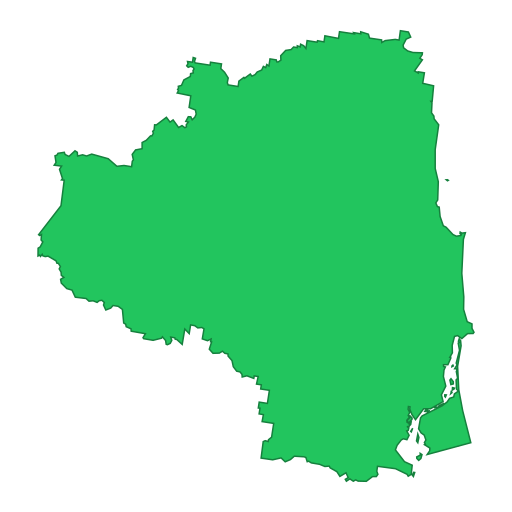 the district of Sunshine Coast, Queensland, Australia
{"feature_id": "25037944B96271376045080", "entity_name": "Sunshine Coast", "entity_type": "district", "adm_level": 2, "iso_a3": "AUS", "parent_name": "Australia", "parent_adm1": "Queensland", "projection": "albers", "projection_center": [153.027, -26.708], "detail": "fine", "context": "isolated", "style": "filled", "palette": "green", "viewbox_px": 512, "rotation_deg": 0, "n_neighbors": 0, "source": "geoboundaries", "source_scale": "gbopen_adm2", "svg_char_len": 5988}
<svg xmlns="http://www.w3.org/2000/svg" viewBox="0 0 512 512"><path d="M55.0,155.8L56.0,162.5L54.2,165.2L61.6,166.1L59.5,169.3L62.5,178.6L61.5,179.9L64.2,180.2L61.0,205.7L38.6,234.7L39.7,235.5L41.5,234.5L41.1,240.0L42.8,241.9L40.2,246.9L38.1,248.2L38.0,256.0L39.7,255.1L40.5,256.4L42.2,254.3L42.8,255.8L45.2,256.6L48.0,256.1L56.1,260.9L56.9,263.2L58.4,263.4L60.4,266.6L59.2,268.9L61.1,272.2L61.3,275.3L63.9,277.4L60.6,279.3L61.3,283.1L66.8,288.6L72.0,290.1L75.3,297.2L86.1,298.5L89.0,301.2L93.1,300.8L97.1,302.4L99.2,300.7L101.9,300.3L104.3,302.5L103.5,305.0L105.8,310.0L110.7,308.1L113.0,305.5L118.2,306.3L122.4,309.4L123.7,323.0L125.7,324.2L126.2,326.7L131.0,328.8L131.2,331.2L145.4,333.7L143.0,337.7L143.7,338.7L153.1,340.3L161.5,338.2L162.4,336.8L165.6,340.5L166.2,344.3L167.4,344.7L170.2,343.4L171.8,340.4L170.7,337.1L174.8,337.8L175.2,339.2L176.8,339.5L182.2,344.4L184.8,329.0L189.2,333.6L190.6,324.9L194.8,325.7L197.8,327.9L201.8,327.5L204.0,328.8L202.3,338.9L207.5,340.7L211.1,339.0L210.6,341.7L211.6,341.9L209.3,349.2L213.0,353.3L219.3,353.1L222.5,351.2L224.8,353.3L228.0,353.9L228.1,356.1L232.0,360.6L233.3,366.7L236.7,371.2L240.0,371.9L242.0,374.4L242.2,377.0L246.9,375.8L253.8,378.4L254.2,375.9L258.2,376.5L256.5,384.1L261.3,384.8L260.7,389.0L269.4,390.3L267.4,403.4L259.2,402.1L258.3,408.0L260.0,408.2L259.1,413.9L263.4,414.6L262.1,421.6L273.7,423.4L271.6,437.2L268.5,439.7L268.2,441.5L265.2,440.7L263.2,441.6L261.1,458.1L272.7,459.8L281.1,457.9L285.2,461.8L290.4,459.6L294.3,456.2L304.1,456.8L305.9,457.5L307.2,461.7L308.6,461.2L311.3,462.9L319.6,464.3L324.9,466.5L329.2,466.1L330.2,467.9L336.9,471.7L339.9,476.4L346.0,472.8L348.2,477.6L345.3,479.3L346.4,481.2L349.9,478.9L353.3,481.2L355.7,479.9L358.1,481.1L366.3,481.3L372.5,476.6L376.3,476.6L377.9,474.3L376.8,471.3L377.5,466.3L395.5,468.7L407.1,474.3L408.2,476.2L411.2,474.4L412.2,465.2L404.5,461.7L395.4,449.9L397.1,445.3L401.3,439.9L403.4,438.8L406.9,439.7L409.1,435.3L406.7,430.9L408.2,430.4L408.8,428.1L407.0,426.4L408.9,427.0L409.4,425.4L409.1,423.5L407.0,422.2L406.8,420.3L409.4,417.2L408.2,415.5L409.7,412.3L408.1,409.4L408.4,406.5L410.0,406.8L409.7,409.0L412.0,414.7L415.5,419.7L423.6,408.8L430.6,408.7L443.1,401.6L441.4,394.8L445.8,386.1L443.4,376.5L444.0,370.0L445.4,366.9L443.6,366.6L443.5,364.7L447.9,364.7L450.8,358.1L450.7,357.1L449.9,357.2L452.4,352.8L452.2,345.4L454.5,336.4L457.6,335.6L461.8,338.6L467.6,333.6L473.1,333.5L474.0,332.3L472.0,328.4L472.0,323.9L467.2,321.7L463.6,309.4L463.8,296.8L461.8,273.3L463.4,239.4L465.4,232.7L461.9,233.1L460.2,232.1L460.0,233.5L461.3,234.7L460.8,235.5L456.4,236.2L452.9,234.5L446.1,227.2L443.3,225.8L440.1,216.5L439.2,207.1L437.4,206.6L435.8,202.9L437.7,200.0L438.3,181.7L435.2,168.5L435.2,149.6L438.7,124.8L434.1,118.8L433.9,116.1L431.5,112.8L432.0,102.6L430.9,101.3L432.2,101.2L433.6,85.8L422.7,83.3L424.4,72.8L418.2,71.8L418.2,73.0L414.5,70.9L422.4,59.8L419.8,58.3L422.2,54.7L422.4,52.8L412.9,52.5L407.6,50.9L403.6,47.8L403.1,45.1L406.2,39.1L410.7,37.1L408.4,32.0L400.4,30.7L399.1,40.1L395.3,39.4L385.2,40.6L381.8,42.5L381.6,39.9L369.5,38.1L368.4,34.2L360.7,31.8L360.8,33.8L353.6,32.6L354.3,33.9L339.5,31.7L338.5,38.4L324.9,35.8L324.0,41.9L317.5,40.7L317.1,42.2L307.1,40.6L305.9,48.5L303.7,45.7L300.6,44.2L300.2,46.9L297.3,45.8L297.3,47.6L293.6,47.0L291.1,49.6L285.7,50.4L280.7,55.7L280.9,60.2L278.0,62.0L276.7,61.8L276.3,59.9L270.0,58.9L268.9,66.0L266.8,64.5L265.7,67.6L263.4,66.4L261.7,70.0L257.2,72.0L255.1,74.6L251.9,76.2L250.3,74.0L244.5,78.3L243.9,77.4L238.9,81.1L238.1,86.5L228.1,84.9L227.3,82.6L228.2,78.0L224.6,72.3L220.8,68.6L221.5,63.9L210.5,62.2L210.1,65.2L195.1,62.9L194.5,61.4L195.5,58.3L193.2,57.5L192.5,62.2L187.5,61.5L188.0,63.7L186.7,65.8L188.2,67.3L190.8,66.3L193.2,67.4L194.1,69.0L193.0,70.5L193.3,72.9L190.6,73.6L190.3,76.5L183.9,79.9L181.5,85.4L178.3,86.3L178.5,88.4L177.6,89.4L178.5,90.7L177.2,93.0L190.8,95.8L189.1,107.5L195.4,110.0L196.2,114.1L194.9,117.1L192.2,119.8L190.8,116.8L188.3,116.7L185.8,121.4L188.4,122.0L186.2,124.9L186.5,126.8L184.9,127.7L182.0,125.6L178.6,127.5L173.1,119.9L170.0,122.1L166.4,117.3L156.4,124.9L154.6,124.8L154.1,130.0L152.7,131.3L153.4,133.2L151.9,135.9L150.5,135.9L146.3,140.3L142.1,142.5L142.1,148.7L135.6,149.9L132.2,154.4L133.4,159.9L132.3,161.2L131.6,166.7L124.0,165.5L116.9,166.3L108.2,158.7L91.7,154.1L86.6,156.0L82.6,154.8L77.6,156.0L77.3,152.3L75.0,150.8L69.0,156.4L65.1,154.5L64.3,152.3L58.0,153.3L56.9,155.1L55.0,155.8ZM470.8,442.7L462.7,410.8L458.8,389.9L457.6,366.3L461.1,345.8L460.6,340.6L459.2,338.8L458.4,341.3L459.5,342.5L458.2,343.1L459.5,350.3L456.2,363.1L457.0,365.0L454.7,368.7L456.2,368.7L457.0,370.1L456.3,371.5L457.6,378.3L456.1,379.9L456.5,389.1L458.4,391.1L454.4,393.9L453.7,397.0L449.6,398.3L447.1,402.0L442.0,405.9L422.1,415.9L420.5,418.0L418.6,428.8L421.1,432.9L424.2,435.1L425.9,440.0L424.4,442.6L425.4,444.2L424.5,444.7L429.9,448.1L429.7,450.8L427.2,454.5L470.8,442.7ZM420.3,455.1L416.7,456.9L416.8,458.4L418.7,460.4L420.9,458.5L422.0,454.6L420.2,453.4L420.3,455.1ZM407.4,422.0L409.2,422.3L411.9,419.5L412.1,418.1L410.0,415.8L409.1,415.8L409.7,417.8L407.5,420.0L407.4,422.0ZM449.9,380.1L450.9,384.6L453.3,383.9L453.3,381.7L451.0,378.7L449.9,380.1ZM417.8,434.1L416.5,440.9L417.8,442.7L418.9,437.4L417.8,434.1ZM413.4,476.5L414.7,472.5L413.7,472.3L412.3,475.1L413.4,476.5ZM436.9,408.0L440.3,406.3L444.2,403.2L439.3,405.6L436.9,408.0ZM452.3,390.1L454.2,388.9L454.5,388.1L452.5,387.6L452.3,390.1ZM444.8,394.8L444.7,396.3L445.4,397.1L446.3,394.9L444.8,394.8ZM409.9,425.3L410.7,424.5L411.1,422.2L409.4,423.1L409.9,425.3ZM424.8,411.4L425.7,411.5L427.4,409.8L425.9,409.8L424.8,411.4ZM412.7,428.2L410.7,431.4L411.3,431.9L412.7,428.2ZM450.8,393.6L452.0,392.6L451.3,390.7L451.1,392.6L450.8,393.6ZM451.9,366.7L453.3,366.0L452.9,365.1L452.0,365.9L451.9,366.7ZM436.2,407.0L433.9,407.8L436.8,407.1L436.2,407.0ZM427.4,411.9L428.7,411.5L429.0,410.8L427.6,411.0L427.4,411.9ZM448.3,180.3L447.4,179.7L446.3,179.8L447.5,180.8L448.3,180.3Z" fill="#22c55e" stroke="#15803d" stroke-width="1.5"/></svg>